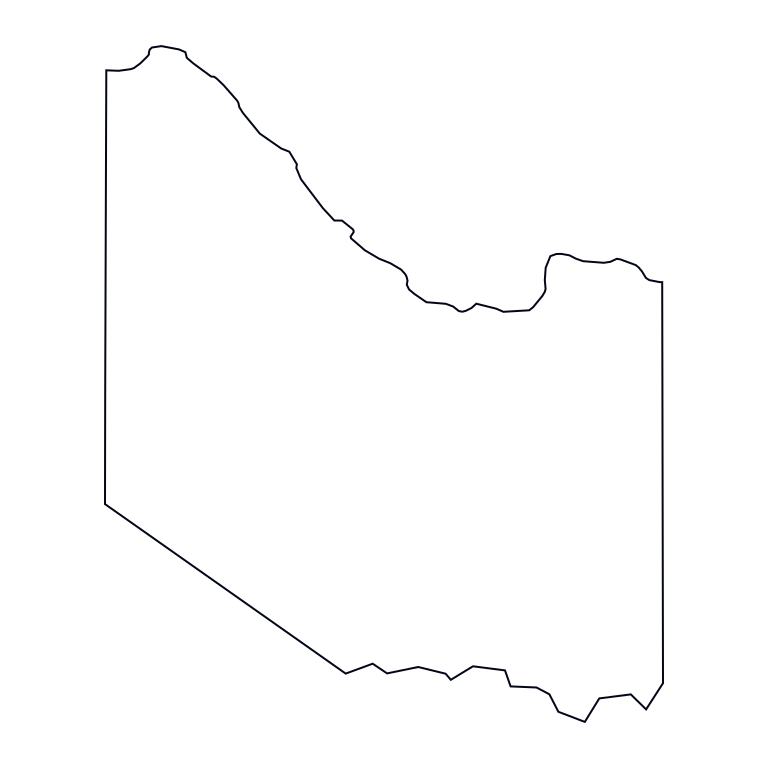 Hardeman, Texas, United States of America (orthographic projection)
{"feature_id": "52423323B6303249721628", "entity_name": "Hardeman", "entity_type": "district", "adm_level": 2, "iso_a3": "USA", "parent_name": "United States of America", "parent_adm1": "Texas", "projection": "orthographic", "projection_center": [-99.723, 34.318], "detail": "fine", "context": "isolated", "style": "outline", "palette": "ink", "viewbox_px": 768, "rotation_deg": 0, "n_neighbors": 0, "source": "geoboundaries", "source_scale": "gbopen_adm2", "svg_char_len": 1332}
<svg xmlns="http://www.w3.org/2000/svg" viewBox="0 0 768 768"><path d="M105.2,391.2L105.0,504.1L345.7,673.6L372.7,663.7L387.1,673.4L418.2,667.0L445.6,673.7L450.8,679.8L473.0,666.3L505.0,670.4L510.6,686.4L536.5,687.5L549.4,694.3L558.4,711.8L584.8,721.9L599.3,698.4L630.8,694.4L646.1,709.4L663.0,683.2L662.2,282.1L659.6,282.1L649.3,280.1L645.9,277.9L641.9,271.3L638.7,267.5L635.8,265.1L620.4,259.4L616.8,258.8L610.4,261.8L603.9,262.8L583.2,261.2L576.0,258.7L569.4,255.3L561.4,253.9L556.4,254.0L550.4,256.1L545.7,267.7L544.8,280.1L545.6,289.0L544.7,292.0L542.4,295.9L533.1,307.2L529.2,310.3L503.4,311.8L496.3,308.7L476.3,303.7L471.5,308.0L465.9,310.8L462.4,311.7L458.9,311.1L453.1,306.5L445.8,303.8L426.4,302.2L414.2,293.8L409.1,289.5L406.8,284.8L407.5,280.6L406.6,276.8L405.2,274.1L401.1,269.6L390.3,263.2L379.1,258.7L364.9,250.3L351.1,238.4L350.6,236.6L353.6,232.2L353.6,230.7L352.8,229.3L342.0,220.6L334.3,220.5L322.9,208.2L301.0,179.3L296.3,168.0L296.9,164.3L289.3,151.7L281.2,148.5L268.7,139.8L259.8,133.6L242.9,112.9L239.3,107.1L238.4,102.9L237.2,100.7L223.6,85.2L216.6,78.5L214.2,76.8L211.1,76.5L193.2,63.3L186.8,57.8L185.4,52.2L178.9,49.4L161.4,46.1L152.0,47.5L149.7,49.6L148.9,52.6L148.9,54.5L147.4,56.4L140.3,63.4L133.9,68.1L130.5,69.2L118.7,70.8L106.3,70.3L105.2,391.2Z" fill="none" stroke="#020617" stroke-width="2"/></svg>